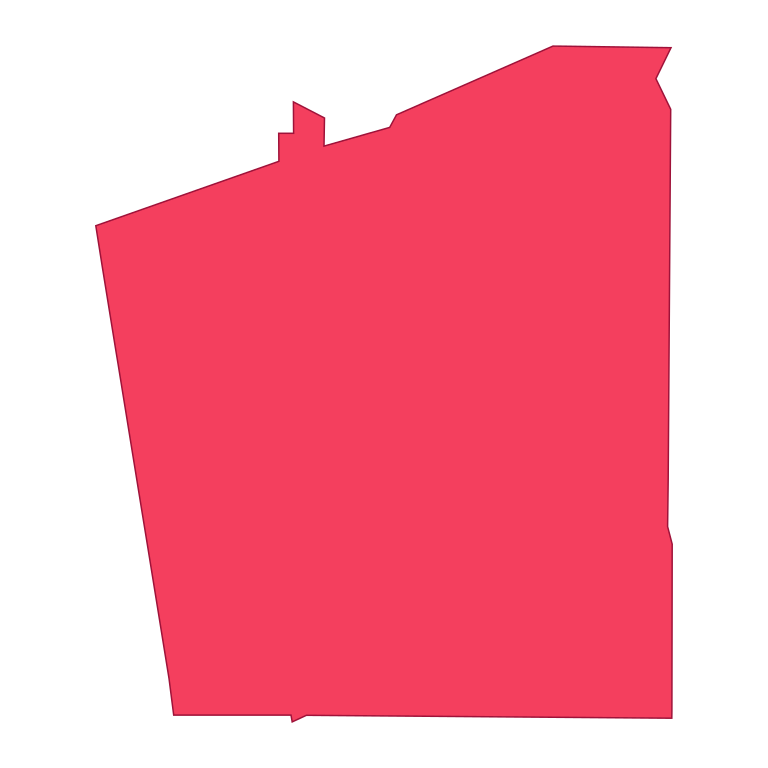 Troup, Georgia, United States of America (Natural Earth projection)
{"feature_id": "52423323B50058695847591", "entity_name": "Troup", "entity_type": "district", "adm_level": 2, "iso_a3": "USA", "parent_name": "United States of America", "parent_adm1": "Georgia", "projection": "natural_earth1", "projection_center": [-85.058, 33.046], "detail": "fine", "context": "isolated", "style": "filled", "palette": "rose", "viewbox_px": 768, "rotation_deg": 0, "n_neighbors": 0, "source": "geoboundaries", "source_scale": "gbopen_adm2", "svg_char_len": 487}
<svg xmlns="http://www.w3.org/2000/svg" viewBox="0 0 768 768"><path d="M102.2,266.2L116.1,352.1L118.3,365.4L140.6,503.1L147.9,547.9L169.0,678.4L173.7,715.1L291.0,715.1L292.2,721.9L306.4,715.3L671.8,718.2L671.9,710.9L672.2,544.2L667.6,526.6L668.2,478.5L670.7,109.3L655.9,78.7L671.0,47.7L563.3,46.2L552.9,46.1L396.5,114.8L389.7,127.4L324.0,146.1L324.5,118.0L293.4,101.9L293.6,133.3L278.7,133.3L278.9,161.3L95.8,225.7L102.2,266.2Z" fill="#f43f5e" stroke="#9f1239" stroke-width="1.5"/></svg>